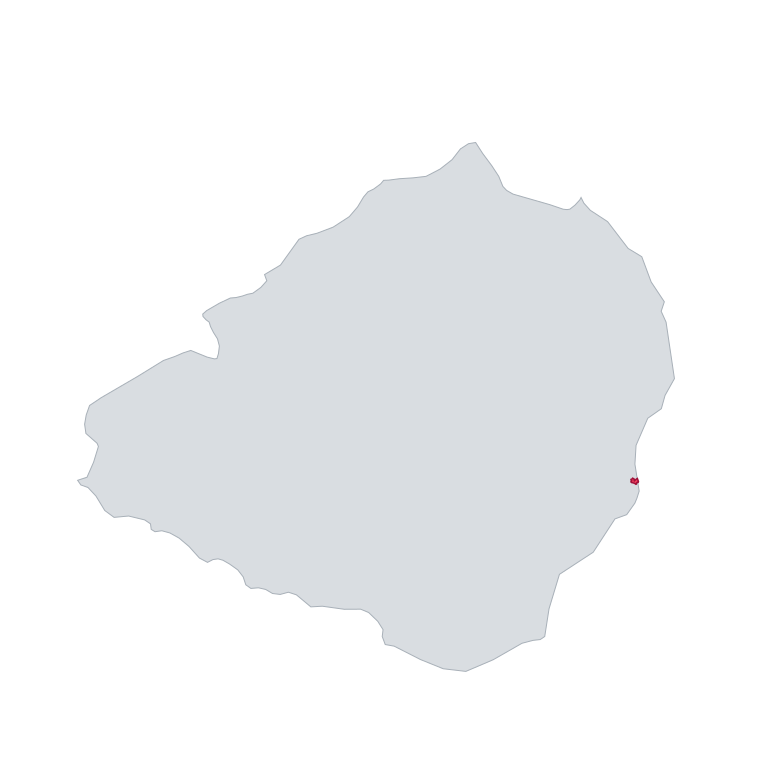 Paso Carrasco, Canelones, Uruguay (highlighted), rotated 286°
{"feature_id": "84410073B40215071116328", "entity_name": "Paso Carrasco", "entity_type": "district", "adm_level": 2, "iso_a3": "URY", "parent_name": "Uruguay", "parent_adm1": "Canelones", "projection": "mercator", "projection_center": [-56.043, -34.847], "detail": "fine", "context": "in_parent", "style": "filled", "palette": "rose", "viewbox_px": 768, "rotation_deg": 286, "n_neighbors": 0, "source": "geoboundaries", "source_scale": "gbopen_adm2", "svg_char_len": 3113}
<svg xmlns="http://www.w3.org/2000/svg" viewBox="0 0 768 768"><g transform="rotate(286 384 384)"><path d="M617.6,522.0L612.9,526.3L607.8,534.5L601.7,554.2L581.6,581.3L577.4,596.7L555.7,612.7L540.3,630.8L530.3,630.4L521.2,638.1L469.2,661.7L450.5,657.3L436.7,657.4L423.8,647.0L394.5,643.2L376.1,647.3L351.4,658.8L344.0,658.6L338.6,658.0L325.3,653.3L318.0,643.2L280.0,631.5L249.4,605.1L213.3,604.6L185.6,608.1L181.4,604.6L178.6,597.8L172.8,588.1L149.0,564.9L130.3,541.9L126.6,519.3L129.2,494.9L134.8,466.0L133.9,457.0L140.8,451.9L147.6,450.8L154.2,443.4L160.1,432.2L161.1,423.6L156.5,407.9L153.4,386.0L149.6,375.1L157.2,357.9L157.5,349.5L153.1,342.2L151.9,334.6L153.9,326.9L153.5,319.5L150.8,312.4L152.9,306.5L159.8,301.8L165.0,294.7L168.4,285.1L170.2,277.8L170.2,272.7L168.1,268.0L163.9,263.5L165.8,254.6L174.1,241.3L179.4,229.5L181.8,219.2L181.7,210.9L178.9,204.6L180.1,200.3L185.2,198.1L187.4,191.4L186.7,174.9L181.4,161.3L185.4,150.5L196.9,138.0L202.9,128.0L203.4,120.4L207.0,116.0L212.5,124.2L228.8,126.4L245.2,126.7L247.9,124.6L254.3,111.1L262.8,107.3L272.1,106.3L282.2,106.9L292.9,115.9L323.4,145.1L345.8,165.5L352.6,175.1L358.5,182.3L363.0,189.0L361.1,206.5L361.4,214.1L362.4,216.4L367.5,216.5L375.1,215.3L381.5,211.5L386.5,205.9L391.4,201.4L395.3,198.9L396.7,195.2L399.0,191.4L401.3,190.5L405.8,193.4L416.2,203.4L424.3,212.6L426.3,217.9L429.4,223.4L432.7,228.2L435.1,232.9L442.9,239.0L450.9,242.9L456.3,239.0L469.8,251.7L499.7,262.4L505.2,268.8L510.4,278.0L520.8,291.9L535.3,304.5L546.9,309.8L558.1,312.8L564.3,315.6L568.6,320.4L575.4,325.6L579.7,327.5L581.2,332.2L585.6,342.3L590.2,355.2L595.2,367.2L606.1,378.7L618.4,387.6L631.1,392.7L638.3,399.0L641.4,405.5L632.8,415.3L623.5,427.5L615.2,437.1L606.7,443.8L603.9,448.5L602.1,455.7L602.1,493.9L601.4,508.1L602.1,511.9L603.3,514.5L608.6,518.3L615.0,521.5L617.6,522.0Z" fill="#d9dde1" stroke="#a8b0b8" stroke-width="1"/><path d="M357.8,648.5L357.7,648.8L357.6,649.0L357.5,649.3L357.5,649.5L357.6,649.8L357.6,650.0L357.6,650.3L357.6,650.5L357.6,650.8L357.6,651.0L357.6,651.3L357.6,651.5L357.6,651.8L357.6,652.0L357.6,652.3L357.5,652.5L357.4,652.6L357.4,652.8L357.4,653.0L357.3,653.3L357.2,653.4L357.1,653.5L357.0,653.8L357.1,654.0L357.3,654.1L357.5,654.2L357.7,654.3L357.8,654.3L357.9,654.2L358.0,654.2L358.3,654.0L358.5,654.1L358.8,654.2L358.9,654.3L359.0,654.4L359.0,654.5L359.3,654.6L359.4,654.8L359.4,655.0L359.5,655.1L359.5,655.3L359.8,655.3L359.9,655.5L360.0,655.5L360.0,655.4L360.3,655.3L360.4,655.2L360.5,655.2L360.8,655.2L361.1,655.0L361.3,654.8L361.4,654.7L361.6,654.6L361.8,654.5L361.8,654.4L362.0,654.3L362.1,654.2L362.3,654.1L362.5,654.0L362.6,653.9L362.8,653.7L363.0,653.6L362.4,653.0L361.9,652.6L361.4,652.3L361.0,652.1L360.2,651.6L359.9,651.5L359.8,651.3L359.9,651.2L360.4,651.1L360.7,651.0L360.8,650.9L361.2,650.9L361.5,650.8L361.6,650.6L361.8,649.9L361.9,649.5L362.0,649.2L362.0,648.9L361.6,648.8L361.2,648.6L360.8,648.4L360.5,648.2L360.5,647.8L360.3,647.7L359.9,647.8L359.7,648.0L359.6,648.3L359.4,648.7L359.1,648.8L358.8,648.7L358.6,648.5L358.3,648.3L358.1,648.4L357.8,648.5Z" fill="#f43f5e" stroke="#9f1239" stroke-width="1.5"/></g></svg>